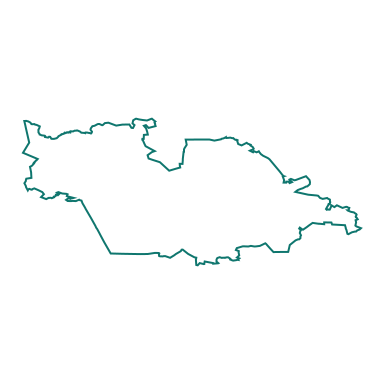 Lielauces pag., Auces, Latvia (Natural Earth projection)
{"feature_id": "27541924B7578032784001", "entity_name": "Lielauces pag.", "entity_type": "district", "adm_level": 2, "iso_a3": "LVA", "parent_name": "Latvia", "parent_adm1": "Auces", "projection": "natural_earth1", "projection_center": [22.854, 56.526], "detail": "fine", "context": "isolated", "style": "outline", "palette": "teal", "viewbox_px": 384, "rotation_deg": 0, "n_neighbors": 0, "source": "geoboundaries", "source_scale": "gbopen_adm2", "svg_char_len": 5834}
<svg xmlns="http://www.w3.org/2000/svg" viewBox="0 0 384 384"><path d="M233.3,138.1L232.6,138.2L231.9,138.1L230.6,137.7L230.1,137.6L229.0,137.8L226.3,138.0L225.5,137.7L225.6,137.3L225.0,137.6L224.7,137.9L223.1,138.5L221.5,138.8L221.1,139.3L214.4,140.6L209.3,139.5L185.7,139.6L186.7,144.8L184.4,148.4L184.0,149.3L184.0,151.8L183.6,151.9L182.8,159.0L182.8,160.3L182.5,163.9L179.7,163.8L179.8,165.4L180.2,167.5L175.9,168.7L169.2,170.7L159.9,162.2L152.4,159.8L148.6,158.5L147.6,155.2L151.9,152.1L154.7,151.1L145.6,146.2L144.6,144.2L142.9,140.3L142.3,139.8L142.4,138.9L143.7,138.9L143.9,134.9L147.8,134.6L147.2,131.8L146.1,128.4L143.9,125.8L145.9,125.1L148.6,127.9L155.6,126.1L154.7,123.0L154.9,123.0L154.6,121.8L154.6,121.7L155.2,121.4L152.7,119.4L151.9,118.7L151.4,118.8L147.0,120.5L142.7,120.0L138.9,119.4L136.1,118.7L135.7,118.8L133.2,120.3L132.5,123.4L134.5,125.1L133.0,128.0L131.8,127.9L131.4,127.8L129.4,124.5L122.5,124.6L116.2,125.6L108.4,122.7L104.9,123.1L102.7,125.1L102.1,125.2L99.4,124.0L98.1,124.0L97.1,124.4L95.1,125.5L94.1,125.9L92.4,126.2L90.8,128.4L90.7,128.8L90.5,129.6L90.6,129.9L92.0,131.7L92.0,131.9L91.3,133.3L91.0,133.5L89.6,133.0L88.6,132.9L86.9,132.5L85.6,132.5L85.5,133.0L85.3,133.2L84.9,132.9L84.6,133.0L83.9,132.9L81.3,132.7L80.1,131.6L79.3,131.3L78.8,131.0L77.0,130.4L76.1,130.7L74.6,130.7L73.7,131.1L73.2,131.4L71.7,131.4L71.4,131.3L71.1,131.3L70.8,131.5L70.7,131.7L70.4,131.8L70.3,132.0L70.1,131.7L69.9,132.0L70.0,132.3L69.8,132.3L69.5,132.1L69.4,132.0L69.1,132.2L69.2,132.3L69.0,132.5L68.8,132.6L68.5,132.4L68.3,132.4L68.2,132.5L67.8,132.5L67.7,132.3L67.0,132.6L66.8,132.4L66.5,132.4L66.3,132.8L65.9,132.8L65.5,133.0L65.1,133.0L64.7,132.8L64.6,133.1L64.4,133.0L64.2,133.1L63.8,133.6L63.6,133.9L63.0,133.9L62.3,134.2L61.9,134.1L61.5,134.2L61.4,134.3L61.5,134.4L61.5,134.6L61.4,134.7L58.5,136.2L58.2,136.8L56.7,138.2L53.9,138.9L51.4,138.8L50.2,136.9L49.1,136.7L48.1,137.6L45.0,137.0L45.1,136.0L44.7,135.7L41.5,135.3L40.5,134.8L39.6,134.5L39.5,133.9L38.5,132.5L38.4,129.8L39.2,128.4L39.8,126.4L36.6,124.9L35.0,124.6L34.5,124.1L32.1,124.2L31.4,124.1L31.1,123.5L30.2,122.5L28.2,121.4L26.9,121.1L26.5,120.9L24.3,121.0L25.4,125.7L25.7,127.2L29.2,142.6L23.0,152.8L37.7,159.0L36.5,160.3L36.3,160.3L34.3,162.3L34.5,162.4L33.6,163.4L33.9,163.6L32.0,165.7L30.0,166.8L31.1,172.3L31.4,177.9L26.3,178.7L25.9,180.0L25.8,181.1L24.4,183.2L25.8,185.9L26.0,187.0L27.8,190.4L28.3,189.4L29.1,188.9L29.4,188.9L31.4,189.7L31.8,189.7L32.2,189.5L32.4,189.1L34.3,188.4L38.2,190.1L42.3,192.1L43.9,194.2L41.1,197.1L46.2,199.1L48.6,197.9L50.8,197.8L51.7,198.1L51.8,198.2L53.5,197.5L53.4,197.4L53.7,196.7L54.4,196.8L55.4,195.9L55.7,195.9L56.2,195.1L56.0,194.6L56.9,194.4L57.9,195.2L59.2,194.0L57.1,192.6L58.4,192.1L62.2,193.5L66.0,193.8L66.6,193.9L67.6,194.3L66.8,196.1L67.2,196.3L73.6,197.9L72.5,198.2L70.7,198.3L70.5,198.8L68.4,198.3L66.1,199.9L67.7,201.0L71.0,201.1L72.6,200.9L75.8,201.1L79.2,199.7L79.9,200.2L81.5,200.6L82.5,203.3L84.1,206.0L85.3,208.1L85.5,208.6L91.1,218.2L95.4,225.9L96.2,227.7L97.1,228.9L99.1,232.6L100.5,235.3L104.2,242.2L110.7,253.5L122.5,253.8L140.3,254.1L147.8,254.0L155.0,252.9L158.8,253.0L159.3,253.4L158.9,254.8L159.2,256.1L160.1,256.3L162.8,256.4L163.9,256.1L165.2,256.1L170.1,257.8L174.2,255.3L175.9,254.0L180.2,251.5L181.0,250.9L181.6,249.7L182.7,249.6L188.1,253.9L194.4,257.3L196.3,257.7L195.9,259.8L196.3,265.0L197.7,265.3L199.7,263.1L203.9,264.1L204.3,264.0L204.3,263.3L204.7,261.5L213.2,263.1L213.2,263.7L218.2,263.3L218.4,263.2L217.0,262.0L216.5,261.5L216.5,259.7L217.0,258.5L217.4,258.0L219.7,257.2L221.8,257.9L223.0,257.7L224.5,257.8L224.5,257.7L225.6,257.6L227.0,257.3L228.1,257.3L230.4,258.8L230.2,259.5L232.4,260.4L233.2,260.6L236.0,260.2L237.5,259.8L238.1,259.9L237.9,259.6L239.3,258.4L237.0,257.5L239.2,255.4L238.8,253.4L238.6,252.7L238.8,251.1L235.9,250.0L236.8,248.1L242.5,246.4L243.1,246.3L248.3,246.5L250.9,245.9L254.4,246.5L256.0,246.4L259.9,245.9L265.3,243.3L266.1,243.9L267.2,245.2L270.7,249.1L273.5,252.1L275.8,252.0L288.2,251.9L289.8,245.0L295.4,240.5L295.5,240.4L298.1,239.3L299.2,239.3L300.4,238.2L300.4,236.5L301.0,235.3L299.8,233.0L300.2,231.6L300.2,231.3L300.8,230.4L299.8,229.0L299.2,228.6L299.8,227.6L302.6,229.6L303.0,229.7L306.8,227.1L308.9,225.5L312.6,222.9L318.9,223.8L319.0,223.7L324.2,224.2L324.2,222.4L331.4,222.5L332.1,224.5L345.0,225.2L345.4,226.6L345.7,227.6L345.8,228.6L346.4,229.8L347.4,233.8L348.4,234.2L351.9,232.3L354.7,231.6L356.2,231.5L357.2,230.4L359.6,229.5L361.0,228.2L357.1,226.7L356.5,226.5L355.4,225.6L356.1,222.3L355.6,220.2L357.7,219.3L356.6,217.6L355.9,217.3L355.7,216.6L356.6,214.7L356.2,214.0L355.2,213.4L353.9,212.4L351.2,211.9L350.6,211.7L347.7,210.5L347.5,210.3L348.3,210.3L348.9,209.3L349.3,207.9L347.5,207.4L347.2,207.0L346.2,206.8L342.5,207.9L336.9,205.3L334.4,207.1L331.6,205.4L329.8,209.6L329.0,209.7L327.6,209.3L327.3,209.6L326.8,209.8L326.0,209.0L327.5,206.3L328.0,205.7L328.6,204.0L329.8,204.3L329.9,203.1L330.2,202.3L330.0,202.2L329.9,199.6L327.3,198.3L327.1,198.0L322.7,198.9L320.0,197.9L318.2,195.8L316.8,195.5L308.2,194.7L295.4,191.9L297.7,190.1L300.7,188.9L302.7,188.3L306.1,186.5L307.3,186.4L308.1,185.7L309.8,184.2L310.0,182.2L309.5,180.0L306.0,176.2L295.8,180.0L294.5,180.3L290.9,178.9L289.4,179.6L289.6,180.0L289.9,180.4L292.0,182.1L289.6,183.1L288.6,181.7L286.3,181.7L286.2,182.6L283.6,182.6L284.1,180.1L282.8,176.6L284.0,176.2L283.4,176.0L282.2,174.7L279.8,171.6L270.0,159.9L269.5,159.3L267.9,158.1L263.4,155.9L262.7,155.5L262.0,154.9L261.2,154.4L260.8,154.0L259.2,152.0L258.8,151.3L258.5,151.5L256.6,152.3L256.2,152.1L255.0,151.7L254.0,151.2L253.1,152.3L249.9,150.7L251.0,150.2L253.3,149.4L253.7,148.6L252.6,146.9L251.2,146.0L250.4,145.4L250.7,144.8L247.6,143.6L246.7,142.8L241.6,145.4L238.2,144.0L237.3,141.2L237.6,140.2L236.7,139.8L236.4,140.1L234.6,139.4L233.3,138.1Z" fill="none" stroke="#0f766e" stroke-width="2"/></svg>